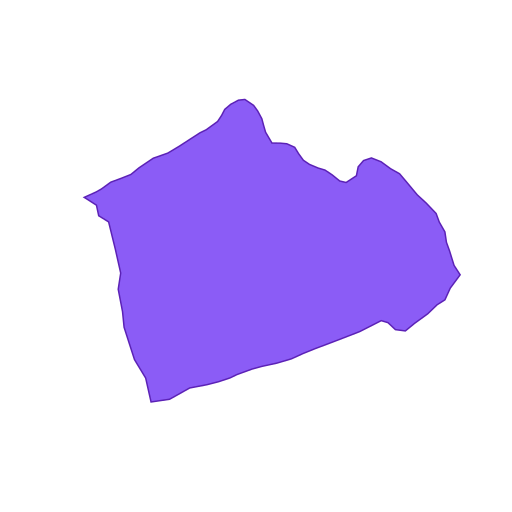 Agia Eirini Keryneias, Cyprus, rotated 54°
{"feature_id": "46923920B99001486535743", "entity_name": "Agia Eirini Keryneias", "entity_type": "district", "adm_level": 2, "iso_a3": "CYP", "parent_name": "Cyprus", "parent_adm1": "", "projection": "robinson", "projection_center": [32.969, 35.29], "detail": "fine", "context": "isolated", "style": "filled", "palette": "violet", "viewbox_px": 512, "rotation_deg": 54, "n_neighbors": 0, "source": "geoboundaries", "source_scale": "gbopen_adm2", "svg_char_len": 1239}
<svg xmlns="http://www.w3.org/2000/svg" viewBox="0 0 512 512"><g transform="rotate(54 256 256)"><path d="M312.4,426.7L321.1,410.1L323.8,387.2L331.3,371.3L335.7,360.2L339.4,348.5L340.7,341.2L345.1,325.8L348.8,316.0L355.0,301.9L360.0,287.8L362.5,275.5L365.7,262.6L370.6,244.8L378.1,216.6L381.9,192.7L387.5,188.4L397.5,186.5L404.4,179.2L403.7,167.5L403.7,151.0L401.9,138.1L402.5,128.9L396.2,117.8L391.2,101.9L380.0,101.3L365.6,96.4L356.9,93.9L347.5,89.0L336.3,87.8L327.5,85.3L313.2,87.2L301.3,89.6L283.2,90.8L273.9,91.5L264.5,95.8L253.3,99.4L244.5,105.0L242.0,112.9L243.9,120.9L250.1,127.6L249.5,139.9L244.5,144.2L235.1,146.7L227.0,149.7L221.4,154.0L213.3,158.9L206.4,161.4L198.3,161.4L190.8,160.8L183.3,165.1L179.0,170.0L174.0,176.7L161.5,175.5L154.6,173.0L148.4,170.6L139.6,169.4L132.7,169.4L122.8,173.0L119.6,178.6L118.4,187.2L119.0,195.1L122.1,201.3L124.6,208.0L124.6,216.0L124.6,222.1L123.4,228.9L122.8,239.9L122.1,253.4L120.9,266.9L116.5,281.6L115.9,298.8L116.5,309.3L114.0,319.1L110.9,330.1L110.9,341.8L110.2,347.9L107.6,360.5L121.1,355.2L131.0,359.6L141.8,355.2L167.8,365.8L190.3,375.5L201.9,387.0L222.6,396.7L236.1,404.6L252.2,409.9L268.4,415.2L289.9,417.0L312.4,426.7Z" fill="#8b5cf6" stroke="#5b21b6" stroke-width="1.5"/></g></svg>